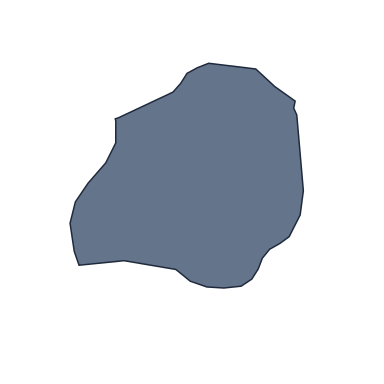 SVG path tracing the border of Tororo, rotated 151°
{"feature_id": "UGA-3121", "entity_name": "Tororo", "entity_type": "District", "adm_level": 1, "iso_a3": "UGA", "parent_name": "Uganda", "parent_adm1": "", "projection": "orthographic", "projection_center": [34.082, 0.732], "detail": "fine", "context": "isolated", "style": "filled", "palette": "slate", "viewbox_px": 384, "rotation_deg": 151, "n_neighbors": 0, "source": "natural_earth", "source_scale": "10m", "svg_char_len": 605}
<svg xmlns="http://www.w3.org/2000/svg" viewBox="0 0 384 384"><g transform="rotate(151 192 192)"><path d="M326.3,182.7L323.8,197.1L313.8,223.8L298.8,239.9L278.6,250.1L253.3,259.3L234.9,271.9L224.2,291.1L223.7,293.2L223.4,293.2L220.6,292.6L160.2,288.6L149.2,292.5L138.8,298.2L127.0,298.1L115.0,296.5L76.6,268.7L68.5,244.1L57.7,221.5L62.4,216.0L63.0,208.6L94.0,139.1L108.5,119.5L128.7,105.8L140.0,104.4L151.8,104.3L162.6,100.0L171.5,92.5L182.0,86.8L194.7,85.8L210.7,92.6L225.0,101.7L236.7,114.7L243.7,132.1L284.8,164.9L326.0,182.6L326.3,182.7Z" fill="#64748b" stroke="#1e293b" stroke-width="1.5"/></g></svg>